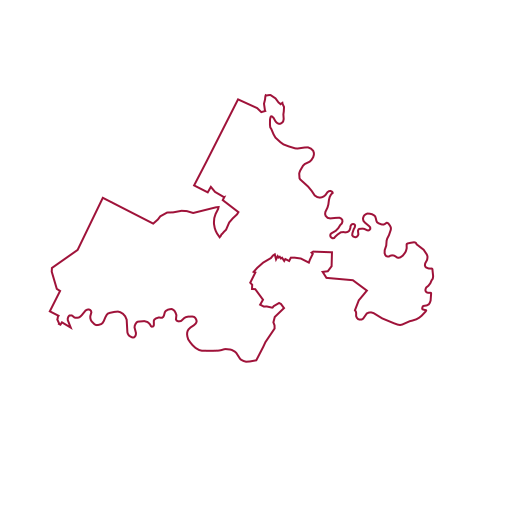 outline of Berri Barmera, South Australia, Australia, rotated 297°
{"feature_id": "25037944B16571921668942", "entity_name": "Berri Barmera", "entity_type": "district", "adm_level": 2, "iso_a3": "AUS", "parent_name": "Australia", "parent_adm1": "South Australia", "projection": "mercator", "projection_center": [140.504, -34.288], "detail": "fine", "context": "isolated", "style": "outline", "palette": "rose", "viewbox_px": 512, "rotation_deg": 297, "n_neighbors": 0, "source": "geoboundaries", "source_scale": "gbopen_adm2", "svg_char_len": 6158}
<svg xmlns="http://www.w3.org/2000/svg" viewBox="0 0 512 512"><g transform="rotate(297 256 256)"><path d="M108.1,123.4L113.4,117.4L114.7,116.7L116.2,116.4L117.4,116.5L118.3,116.8L119.3,118.6L119.4,119.3L118.8,122.0L118.9,122.9L119.9,124.9L120.8,126.1L122.1,126.9L124.1,127.6L130.1,128.9L131.6,130.0L132.5,131.3L132.6,132.8L132.1,134.0L131.0,134.9L127.1,135.7L125.4,136.6L123.9,138.0L123.1,139.3L121.9,142.9L121.8,144.3L122.1,145.4L123.2,147.1L125.1,149.0L126.6,149.7L128.9,149.9L133.1,149.6L135.9,149.7L137.5,150.2L139.0,151.6L141.9,155.2L143.8,158.2L144.3,160.6L144.1,163.7L142.9,166.8L140.5,169.7L129.7,176.0L128.6,177.0L127.7,178.4L127.3,179.5L127.2,182.1L127.5,183.4L128.3,184.4L129.8,184.8L131.2,184.7L132.9,184.0L137.2,180.2L138.9,179.6L140.7,179.5L142.8,179.8L143.9,180.6L147.3,186.1L147.9,189.3L147.5,191.1L147.0,192.5L145.8,194.3L145.7,195.2L146.4,196.2L147.5,196.5L148.6,196.1L151.8,194.4L153.1,194.3L155.0,195.2L157.2,197.4L157.7,199.1L158.3,200.3L159.6,201.0L161.2,201.0L164.5,200.3L166.0,200.5L168.2,201.9L169.6,203.6L170.5,205.0L170.5,206.5L170.2,208.1L169.0,210.0L167.2,211.9L163.1,213.5L162.4,214.7L162.5,216.4L163.3,217.8L164.2,218.8L168.3,220.3L169.8,221.4L171.2,223.1L173.2,226.8L173.6,228.5L173.3,229.9L172.3,231.5L171.0,232.7L169.6,233.0L168.3,232.9L166.1,232.1L162.6,230.1L160.0,229.2L158.3,229.1L156.7,229.4L155.0,230.1L153.1,231.4L150.9,233.5L149.2,236.6L147.8,239.8L146.8,243.2L146.6,244.3L146.4,248.0L147.0,250.7L151.4,259.6L154.7,265.6L156.3,267.7L158.4,269.9L159.3,271.2L161.0,275.6L161.3,277.2L161.2,280.5L160.7,282.4L157.2,288.4L156.8,289.8L156.8,292.6L157.3,295.2L159.3,298.5L163.2,303.6L178.4,303.7L183.6,303.5L199.8,305.5L202.6,304.0L204.8,301.6L210.2,300.4L222.3,304.6L224.6,300.0L224.6,297.9L219.3,294.5L217.6,294.2L217.3,293.8L215.9,288.4L214.5,286.0L214.5,281.8L220.2,282.1L226.1,270.4L224.8,267.4L228.6,265.7L229.6,263.0L241.0,262.9L240.8,261.1L246.1,262.5L253.4,265.4L260.9,270.2L264.1,270.9L266.0,272.0L262.1,275.4L265.7,275.4L264.9,276.8L266.1,277.5L265.1,279.3L266.3,280.0L264.4,283.4L266.6,283.5L266.6,287.8L270.3,287.8L272.0,291.0L274.1,297.1L274.1,306.1L277.2,305.7L283.7,305.6L284.2,304.0L285.9,305.0L293.8,322.0L281.2,328.0L275.0,326.9L272.1,322.6L268.5,328.7L278.4,353.3L275.5,370.5L263.2,367.7L252.5,368.8L251.9,370.1L250.7,371.1L247.9,372.5L246.8,373.8L246.1,375.6L246.4,377.2L247.4,379.0L248.8,379.9L255.1,380.8L256.8,382.2L258.0,384.1L258.5,386.7L257.7,396.8L258.7,409.6L259.2,413.4L259.9,415.7L261.3,417.4L267.7,422.6L269.4,424.6L272.4,427.6L275.1,429.4L278.0,430.7L283.4,432.3L284.6,432.4L284.9,432.0L284.4,430.4L284.1,428.6L284.5,428.0L285.7,427.6L286.9,427.5L287.6,428.0L289.5,430.6L291.4,431.9L293.3,432.1L295.6,431.8L302.0,429.1L302.5,428.7L302.5,428.3L301.3,425.9L301.1,424.7L301.4,423.5L302.1,422.7L302.8,422.3L304.2,422.0L305.3,422.0L307.7,423.1L310.8,423.7L314.1,423.5L315.8,423.8L316.7,423.6L318.4,423.0L324.3,419.2L324.6,418.7L324.5,418.0L323.9,417.0L323.2,415.3L323.0,412.8L323.3,411.9L324.1,410.9L325.2,410.4L326.3,410.1L330.2,410.2L332.2,409.6L333.6,408.9L334.9,407.5L337.7,402.5L339.3,393.9L340.2,392.6L340.3,391.9L340.0,390.6L337.9,387.7L336.1,385.5L335.2,384.9L334.6,385.0L331.4,386.7L329.7,387.1L327.9,387.4L325.9,387.2L322.9,386.6L320.3,385.2L319.1,383.8L318.7,382.6L319.0,380.3L319.0,378.6L318.4,377.0L317.2,375.5L315.9,374.7L315.3,373.5L315.0,372.1L315.6,370.7L316.9,369.3L319.7,368.0L324.4,367.3L329.0,365.4L331.1,365.0L335.0,365.0L340.5,364.2L341.6,363.8L342.7,363.1L343.9,361.5L345.1,359.1L345.1,357.8L344.9,357.3L342.7,356.1L341.8,355.2L341.1,353.4L340.8,350.4L341.0,348.6L342.0,347.3L343.8,345.8L345.4,344.2L345.8,342.8L345.9,340.4L345.3,338.1L344.4,336.0L343.4,335.1L341.6,334.1L340.4,333.9L338.2,334.2L337.1,334.9L336.0,335.9L335.2,337.9L334.0,343.1L333.4,344.7L332.1,345.5L330.9,345.3L330.3,345.0L329.7,344.4L329.4,343.4L329.3,340.2L328.8,338.6L327.0,335.7L326.3,335.3L324.8,335.4L321.7,337.4L320.8,337.5L319.5,337.3L318.5,336.8L317.9,336.2L317.6,335.0L317.5,333.7L318.1,332.4L319.1,331.9L320.3,331.5L324.2,330.9L326.2,331.0L327.9,330.6L328.5,330.1L328.8,329.4L328.8,328.6L328.4,327.7L327.7,327.0L326.7,326.7L325.4,326.7L324.0,327.3L321.8,327.6L320.5,327.5L319.2,326.8L318.5,326.1L317.6,324.9L317.0,323.0L315.6,320.8L312.3,319.0L309.1,317.8L307.5,317.5L307.0,316.9L306.5,316.0L306.7,314.5L307.1,313.6L307.9,312.9L309.1,312.5L310.3,312.8L314.6,315.6L318.2,316.7L321.8,317.0L323.9,317.7L325.9,317.4L327.4,316.4L328.0,314.9L328.0,313.0L326.2,309.8L323.2,305.1L322.5,302.5L323.4,299.8L324.8,298.5L326.8,297.8L331.6,297.7L334.7,297.1L339.2,295.5L342.0,294.9L344.4,294.9L346.2,295.3L346.8,295.7L347.4,295.4L347.8,294.7L347.8,292.9L346.9,291.6L345.3,290.7L341.8,290.2L339.8,289.3L338.2,288.0L337.0,286.4L336.3,283.8L336.6,280.8L339.3,276.0L341.5,270.9L344.3,260.6L345.0,259.5L349.0,257.1L350.3,256.8L352.1,256.6L357.8,256.9L360.1,257.7L364.4,261.0L366.7,261.8L370.0,262.1L372.5,261.6L374.1,260.8L375.7,259.2L376.6,256.3L376.4,253.0L374.7,250.0L370.6,244.2L369.7,242.1L368.5,235.3L367.9,229.8L368.5,226.0L370.3,219.6L372.3,216.5L376.0,212.1L377.1,210.3L379.2,208.9L384.0,206.5L386.3,205.9L387.2,206.0L387.6,206.6L387.4,207.7L387.0,209.0L385.1,211.8L384.4,213.3L384.1,214.6L384.1,216.0L384.6,217.3L385.7,218.2L387.2,218.9L388.2,219.1L390.6,218.5L394.6,216.1L397.5,215.1L401.5,213.3L403.5,210.7L404.4,210.0L402.4,208.9L402.6,208.5L403.0,206.4L405.3,201.8L406.0,195.9L405.4,194.7L403.7,192.4L403.7,191.7L402.7,191.8L399.5,193.0L395.3,194.0L389.9,197.8L389.4,198.4L386.6,195.4L388.3,189.9L387.4,168.9L317.4,169.0L290.8,168.8L290.8,184.1L297.1,184.4L294.5,190.4L293.9,200.8L294.1,201.0L290.7,201.0L287.1,220.4L284.5,220.2L279.0,218.2L273.7,216.9L265.8,217.4L263.2,216.5L260.3,215.8L259.6,215.4L258.1,215.5L256.2,215.1L258.4,211.0L260.1,208.7L262.2,206.5L265.5,204.0L267.2,203.1L270.9,201.6L275.1,200.9L280.7,200.9L282.6,200.4L281.1,198.1L265.8,180.5L264.6,174.0L262.5,169.2L257.2,162.3L254.4,157.1L247.9,152.7L244.0,152.0L238.2,149.7L238.3,93.1L180.4,94.3L152.7,79.6L149.3,81.1L136.3,93.4L136.2,94.0L135.9,97.3L113.1,97.4L113.1,107.2L111.6,107.1L110.8,107.5L109.2,107.8L106.4,111.3L106.0,111.3L106.0,112.9L108.8,113.2L108.1,123.4Z" fill="none" stroke="#9f1239" stroke-width="2"/></g></svg>